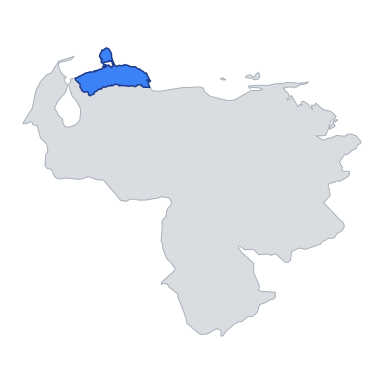 Venezuela, with Falcón highlighted
{"feature_id": "VEN-23", "entity_name": "Falcón", "entity_type": "State", "adm_level": 1, "iso_a3": "VEN", "parent_name": "Venezuela", "parent_adm1": "", "projection": "albers", "projection_center": [-69.856, 11.252], "detail": "fine", "context": "in_parent", "style": "filled", "palette": "blue", "viewbox_px": 384, "rotation_deg": 0, "n_neighbors": 0, "source": "natural_earth", "source_scale": "10m", "svg_char_len": 8110}
<svg xmlns="http://www.w3.org/2000/svg" viewBox="0 0 384 384"><path d="M356.1,135.9L361.0,141.8L360.6,143.3L357.7,144.8L356.2,148.4L352.6,150.0L347.6,154.3L344.3,154.8L339.4,162.0L342.4,167.3L341.8,170.1L343.1,171.4L349.1,171.4L349.7,172.8L349.0,175.1L348.0,176.5L340.0,181.3L336.1,180.9L334.5,182.3L329.3,183.4L328.0,186.1L329.4,189.7L330.1,195.5L323.7,202.6L340.6,220.6L342.4,221.5L344.3,225.7L343.8,228.3L341.0,231.3L336.9,233.6L334.6,237.5L332.1,238.4L327.6,238.2L325.4,240.3L322.6,241.2L320.8,244.1L305.7,249.3L299.2,248.0L291.6,251.6L290.5,260.3L288.2,262.3L285.4,262.4L275.8,253.9L271.0,255.2L267.8,254.1L258.5,254.6L254.0,249.7L244.3,249.6L240.6,246.3L238.9,246.3L238.1,247.4L242.0,252.8L253.6,263.2L253.8,272.8L259.4,286.0L258.5,290.3L261.7,291.4L275.3,292.2L275.3,296.9L273.6,299.1L270.9,299.5L264.0,303.2L259.8,304.5L257.2,312.3L255.0,314.6L252.5,316.5L247.8,316.6L241.6,321.7L239.4,321.6L234.1,324.2L225.7,331.5L222.9,335.9L220.7,336.0L221.5,332.2L220.4,330.1L218.4,329.1L216.5,328.9L214.1,330.0L207.8,333.8L201.6,334.7L198.3,333.0L186.8,323.2L186.5,319.8L183.8,311.8L177.8,297.1L177.9,294.2L168.8,286.8L167.5,284.2L163.7,283.3L161.3,284.3L161.9,281.8L174.1,271.0L175.2,268.6L170.3,261.8L167.7,259.9L166.2,257.5L163.0,249.1L162.2,242.7L161.1,241.4L162.3,225.7L161.8,222.3L162.7,219.6L165.0,217.8L166.3,215.0L166.6,211.2L168.0,208.1L170.5,205.7L171.4,203.2L170.3,199.4L168.1,197.8L160.7,196.7L158.7,197.9L145.3,200.1L138.7,200.1L133.6,199.1L129.8,199.5L125.3,201.6L123.1,200.4L121.3,201.0L103.6,180.2L97.1,179.7L88.4,176.7L81.4,179.1L78.5,179.3L66.2,178.0L59.4,179.1L56.5,178.0L54.6,176.4L51.5,169.4L46.9,168.3L44.9,165.5L45.7,154.4L47.9,151.4L47.2,146.3L46.5,143.9L40.4,137.7L37.2,125.5L33.1,124.8L31.9,122.2L30.7,121.7L27.4,123.3L23.8,123.9L23.0,123.2L32.2,108.3L35.8,90.6L40.3,82.0L46.4,75.0L51.3,73.0L58.6,61.2L74.4,56.4L70.2,60.0L60.8,62.2L58.6,63.6L58.8,67.6L61.5,73.2L66.3,77.7L64.1,78.2L65.0,82.2L67.3,85.0L67.4,86.7L65.6,92.1L58.3,100.5L54.4,107.9L57.3,112.3L57.7,114.5L63.1,120.0L62.5,122.2L64.9,126.7L68.6,127.3L76.0,124.5L79.9,119.8L80.7,110.8L80.0,107.6L75.6,99.7L72.5,96.7L69.9,89.9L68.7,83.7L70.7,82.2L70.5,79.0L75.6,78.1L86.6,72.9L93.4,71.6L101.2,68.8L104.5,65.1L105.7,64.8L109.8,67.0L111.8,66.2L112.5,64.5L111.4,61.2L102.2,62.4L99.9,55.8L101.9,50.5L106.8,48.5L110.4,51.6L112.8,61.1L116.0,66.1L125.9,65.1L135.9,67.3L146.6,74.0L149.7,81.1L148.4,82.9L149.2,85.9L150.7,89.0L153.1,90.9L159.7,91.3L181.6,87.7L200.0,86.9L203.5,88.3L203.9,90.9L209.9,96.2L227.9,100.7L234.8,99.9L251.1,90.5L259.9,90.6L262.4,89.1L259.1,87.8L251.8,87.4L249.6,88.4L248.3,86.1L258.8,85.2L268.1,85.5L275.7,83.7L281.7,83.6L287.7,82.3L299.2,83.3L308.1,82.0L307.1,83.6L299.5,85.0L295.9,87.3L288.1,87.1L282.6,88.0L284.4,88.5L284.5,90.8L286.0,91.2L288.4,93.9L289.1,96.2L287.2,99.9L289.4,99.4L290.7,98.2L290.6,95.7L291.9,96.1L297.8,106.5L300.2,103.9L302.0,105.4L301.8,101.4L303.8,101.5L308.0,104.0L312.5,109.9L311.6,105.3L315.1,105.2L315.9,103.2L323.1,109.6L330.5,111.3L336.1,116.1L335.0,118.5L331.8,119.9L330.6,121.4L328.3,129.3L325.4,135.6L316.1,135.9L324.1,140.4L326.8,138.4L330.7,138.1L336.5,135.4L344.5,136.3L348.0,134.1L352.3,134.3L356.1,135.9ZM259.1,73.4L260.0,76.6L257.6,79.5L254.2,79.7L251.5,77.9L250.1,78.3L245.5,77.4L246.8,75.6L250.1,74.7L252.7,76.7L254.8,76.7L255.3,75.0L258.0,72.5L259.1,73.4ZM334.7,126.5L329.9,129.2L329.6,126.7L333.3,123.5L335.0,125.3L334.7,126.5ZM225.5,79.6L224.2,80.2L220.5,78.9L221.2,78.0L223.2,78.0L225.5,79.6ZM335.6,121.7L332.6,122.6L333.4,120.7L336.5,119.6L337.7,120.0L335.6,121.7Z" fill="#d9dde1" stroke="#a8b0b8" stroke-width="1"/><path d="M75.2,78.3L77.8,77.3L78.9,76.6L79.1,76.4L80.6,75.9L85.4,73.2L89.3,72.2L90.0,71.9L90.5,72.1L91.4,72.1L94.2,71.8L94.7,71.5L95.1,70.9L94.8,71.0L94.6,71.1L94.5,71.3L94.4,71.6L94.3,71.0L94.9,70.7L96.2,70.9L97.0,70.7L98.9,69.8L99.8,69.2L100.3,69.2L101.2,69.3L102.5,68.7L103.0,68.1L103.3,67.4L103.4,66.9L103.3,66.7L103.1,66.6L102.9,66.5L103.1,66.3L103.4,66.4L103.8,66.5L104.0,66.8L104.2,67.1L104.5,67.4L104.8,67.2L105.0,66.7L105.5,66.8L105.9,67.1L106.0,67.1L106.1,66.8L106.1,66.6L106.0,66.4L105.9,66.3L105.7,66.2L105.8,66.1L105.9,65.9L105.6,65.8L105.6,65.4L104.5,65.1L104.0,65.0L103.9,64.9L104.0,64.8L104.6,64.8L104.3,64.6L104.1,64.5L103.7,64.4L103.4,64.2L102.9,63.8L103.9,64.1L104.6,64.5L105.2,64.8L105.7,65.0L105.9,65.1L106.3,65.2L106.7,65.2L107.2,65.3L107.5,65.5L108.0,65.3L108.3,65.1L108.8,65.3L108.9,65.7L109.1,65.8L109.4,65.7L109.6,66.1L110.0,66.4L110.5,66.6L110.8,67.2L111.5,67.5L112.0,67.2L112.1,66.8L112.9,66.4L113.2,66.1L113.3,65.5L112.7,64.6L112.8,64.1L112.6,63.9L112.2,62.7L112.1,61.9L111.5,60.7L111.3,60.7L111.3,61.2L111.1,61.1L110.8,60.9L110.7,60.7L110.3,60.8L110.1,61.0L109.9,61.2L108.7,61.6L108.2,61.6L108.3,61.2L107.3,61.7L107.0,61.7L106.3,61.8L105.9,61.8L105.7,62.0L105.1,62.3L103.5,62.4L102.3,63.0L101.7,62.8L101.3,62.4L101.2,61.7L101.3,61.6L101.6,61.2L101.7,60.9L101.6,60.7L101.5,59.8L101.2,59.5L101.2,59.3L101.3,59.4L101.7,59.6L101.9,59.7L101.9,59.0L101.8,58.7L101.7,58.4L101.4,58.3L101.3,58.5L101.2,58.8L101.0,59.0L100.9,58.5L100.3,57.6L100.2,57.4L100.0,57.2L100.0,56.7L99.9,56.6L99.5,56.5L99.6,56.2L99.8,55.3L99.8,54.9L99.9,54.5L100.4,53.7L100.5,53.2L100.7,52.8L101.4,51.9L101.7,51.5L101.8,51.1L101.7,50.4L101.9,50.1L102.9,50.1L103.4,50.0L103.8,49.7L105.4,48.4L105.9,48.1L106.5,48.0L106.9,48.1L107.2,48.3L108.3,48.6L108.8,48.9L111.0,52.6L111.3,53.6L111.5,54.7L111.5,56.8L111.7,57.9L113.2,62.2L114.3,64.6L115.2,65.6L116.2,66.4L117.1,66.5L117.7,66.1L118.4,65.6L119.3,65.4L121.4,65.7L122.3,65.7L123.4,65.4L124.0,64.9L124.5,64.7L125.0,64.7L125.7,65.1L126.0,65.2L126.8,65.1L127.1,65.2L128.7,65.8L129.0,65.8L129.1,66.0L129.4,66.3L129.8,66.6L130.1,66.7L131.2,66.9L135.0,66.7L135.5,66.9L135.9,67.2L136.7,68.0L137.2,68.4L137.7,68.7L138.6,69.0L139.0,69.1L139.3,69.1L139.5,69.0L140.2,69.4L140.3,69.5L140.6,70.0L141.2,70.5L143.0,71.4L143.6,71.8L144.0,72.3L144.2,72.6L144.5,72.9L146.1,73.6L146.2,73.3L146.2,73.2L146.3,73.1L146.5,73.2L146.8,73.6L146.6,74.2L146.8,74.9L147.8,76.3L149.3,79.3L149.6,80.0L149.3,80.3L149.2,80.2L148.9,79.9L148.6,79.7L148.2,79.6L147.8,79.7L147.6,79.8L147.3,80.0L147.1,80.1L148.0,80.4L150.0,80.5L150.5,81.0L150.3,81.5L149.9,81.7L148.8,81.7L148.4,81.9L148.2,82.4L148.3,83.0L148.6,84.5L149.4,86.7L149.7,87.3L143.6,87.2L141.8,86.2L141.7,85.6L141.7,85.2L141.3,85.0L140.8,84.9L140.3,84.9L139.9,84.8L138.9,84.8L138.6,84.9L138.3,85.0L138.0,85.1L137.8,85.0L137.6,84.9L137.4,84.9L137.2,85.0L136.9,85.4L136.6,85.9L136.4,86.1L136.0,86.3L134.6,86.7L134.2,86.2L133.9,85.9L133.6,85.8L132.7,85.8L132.2,85.9L131.3,85.9L131.0,85.8L130.9,85.8L130.3,86.1L129.6,86.2L128.6,86.2L125.9,85.8L125.7,85.8L125.3,85.9L125.1,85.9L124.9,85.8L124.7,85.7L121.1,85.5L120.7,85.6L119.6,85.9L119.4,85.9L119.2,85.8L119.1,85.7L119.0,85.4L119.0,85.2L118.9,85.0L118.8,84.9L118.4,84.7L117.1,84.6L115.8,84.2L115.5,84.1L115.3,84.1L114.1,84.9L113.2,85.4L112.1,85.7L111.9,85.8L111.6,85.8L111.4,85.7L111.5,85.4L111.7,85.2L111.3,85.0L111.2,85.1L110.9,85.3L110.6,85.6L110.2,85.8L109.8,85.9L109.6,85.9L109.3,85.9L109.1,85.9L108.9,86.0L108.7,86.1L108.4,86.0L108.2,86.0L107.9,86.0L107.7,86.0L107.2,86.3L106.5,86.7L106.1,86.9L105.8,87.1L105.5,87.2L105.3,87.2L104.1,86.9L103.4,86.9L103.2,86.9L103.0,87.0L102.9,87.0L102.7,87.2L102.6,87.4L102.3,88.0L101.9,88.3L101.5,88.5L101.3,88.6L101.2,88.8L101.2,89.0L100.8,89.3L99.9,89.1L99.3,89.1L98.9,89.2L98.7,89.3L98.5,89.6L98.3,89.8L97.7,90.1L97.3,90.3L97.1,90.5L96.9,90.9L96.6,91.2L96.1,91.4L95.7,91.5L95.2,91.7L94.7,92.1L94.5,92.5L94.2,93.1L94.1,93.4L93.9,93.8L93.8,94.1L93.6,94.2L93.3,94.3L92.8,94.4L92.2,94.5L91.7,94.8L91.1,95.2L90.8,95.5L90.6,95.7L90.1,95.5L89.7,95.5L89.2,95.3L88.8,95.0L88.6,94.7L88.6,94.3L88.6,93.7L88.4,92.9L87.9,92.3L87.6,91.9L87.0,91.8L85.7,91.9L84.9,92.1L84.6,92.2L84.3,92.1L83.9,91.8L83.6,91.8L83.3,91.8L83.2,91.8L83.0,91.6L82.7,91.2L81.8,90.3L81.6,90.1L81.5,89.5L81.4,89.3L81.3,88.9L81.1,88.5L81.0,88.2L80.7,88.0L80.4,87.6L80.2,87.4L80.1,87.2L80.2,86.8L80.2,86.7L80.0,86.3L80.0,86.1L80.0,85.9L80.0,85.6L80.2,84.6L80.2,84.3L80.0,84.0L78.8,83.0L78.6,82.9L78.2,82.5L77.2,81.4L76.8,81.1L76.3,80.7L76.1,80.4L75.8,80.0L75.2,78.4L75.2,78.3Z" fill="#3b82f6" stroke="#1e3a8a" stroke-width="1.5"/></svg>